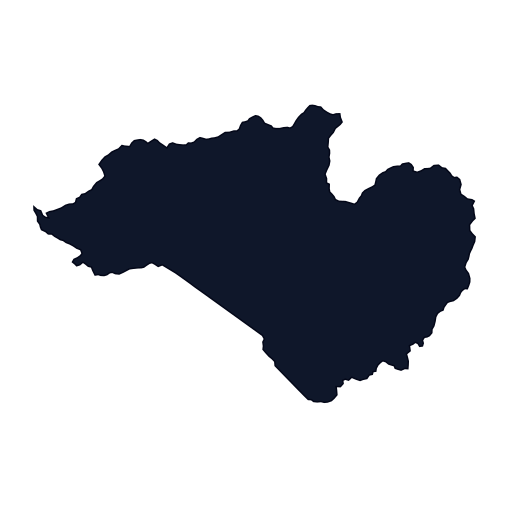 Nova Friburgo, Rio de Janeiro, Brazil, rotated 178°
{"feature_id": "56859067B93377286663386", "entity_name": "Nova Friburgo", "entity_type": "district", "adm_level": 2, "iso_a3": "BRA", "parent_name": "Brazil", "parent_adm1": "Rio de Janeiro", "projection": "robinson", "projection_center": [-42.493, -22.307], "detail": "fine", "context": "isolated", "style": "filled", "palette": "ink", "viewbox_px": 512, "rotation_deg": 178, "n_neighbors": 0, "source": "geoboundaries", "source_scale": "gbopen_adm2", "svg_char_len": 4451}
<svg xmlns="http://www.w3.org/2000/svg" viewBox="0 0 512 512"><g transform="rotate(178 256 256)"><path d="M208.8,110.8L205.7,110.5L203.5,108.6L199.9,108.1L196.1,108.3L192.9,107.4L189.6,107.6L185.7,108.8L183.0,111.1L180.0,114.4L180.2,119.1L180.5,122.7L176.2,122.5L173.4,125.5L173.7,128.7L171.1,129.8L167.8,128.7L164.6,131.5L160.3,129.5L156.3,128.0L153.4,129.0L149.5,129.7L147.0,133.1L143.9,133.7L143.1,136.4L140.3,136.7L139.8,139.6L137.9,142.9L135.4,145.2L133.0,146.9L129.9,145.8L127.2,143.4L124.7,142.5L121.7,141.5L120.8,138.9L118.4,138.0L115.0,136.9L111.3,138.4L108.2,138.1L107.8,141.5L107.5,145.5L108.2,149.0L109.1,152.9L105.3,155.8L105.8,161.1L102.3,162.4L99.9,164.2L97.2,163.0L95.6,160.0L92.8,160.3L91.9,163.0L92.6,166.0L90.6,168.9L87.9,169.2L85.5,170.3L83.0,173.1L82.7,176.7L80.7,179.9L79.4,184.3L78.5,188.9L76.6,192.3L73.8,194.4L71.0,195.4L70.0,198.2L68.3,200.5L66.4,202.9L63.9,203.8L60.3,204.5L56.7,206.8L54.1,209.5L52.8,212.4L51.1,214.4L48.5,216.2L46.0,215.9L44.4,219.5L43.3,222.6L43.1,226.1L44.3,231.1L46.7,234.6L47.9,237.6L46.3,242.1L44.1,245.4L43.3,248.2L42.7,250.9L41.4,253.6L40.1,255.9L38.7,259.3L37.0,262.8L36.3,267.5L39.2,270.7L41.5,274.0L41.5,279.8L38.4,283.6L35.8,286.0L36.6,290.7L36.9,295.6L38.3,298.9L35.9,303.2L38.2,304.7L42.8,305.6L45.7,308.2L49.1,310.6L50.2,315.3L48.6,320.3L49.8,325.3L52.5,327.7L55.3,327.4L57.6,329.2L59.2,332.0L61.6,334.6L63.6,336.9L67.1,337.6L70.4,340.4L75.0,340.2L78.7,337.5L81.6,337.3L84.5,337.3L87.8,335.4L92.0,334.0L96.1,335.5L95.8,339.0L97.7,342.0L100.1,343.7L102.8,343.4L106.5,342.8L108.5,340.7L111.7,340.8L115.6,340.4L118.9,339.0L121.3,337.9L123.4,335.7L126.3,334.8L129.9,332.5L132.9,329.1L133.6,326.2L134.6,322.7L137.2,321.1L140.9,319.5L144.8,317.6L147.4,315.2L148.5,312.5L150.6,310.2L152.9,306.2L155.8,304.2L158.8,305.3L162.2,306.4L164.9,307.3L168.0,307.5L171.3,307.8L174.7,309.6L176.0,312.6L178.1,315.3L180.1,317.4L180.6,320.8L180.3,325.2L183.0,326.6L182.8,330.9L184.2,335.4L182.4,339.4L179.9,344.2L179.0,348.4L179.7,352.3L178.9,356.1L178.9,359.3L180.5,362.3L179.8,367.8L179.5,371.2L177.0,374.2L174.5,376.8L172.3,380.8L169.5,382.9L167.3,384.6L165.3,386.9L166.9,391.5L167.3,395.2L171.1,395.2L174.1,394.4L176.9,395.3L180.1,397.1L183.7,399.7L186.1,402.6L189.0,403.0L191.8,404.1L194.5,404.6L196.9,404.4L199.0,402.4L201.2,400.0L203.0,397.5L205.5,396.1L208.6,393.1L211.2,389.7L213.0,386.7L214.8,384.0L217.5,382.6L220.2,383.4L223.9,383.2L227.7,382.5L231.6,382.6L234.6,383.2L236.2,385.4L239.2,386.7L242.9,388.4L244.5,391.4L246.5,393.9L249.0,395.6L251.6,396.2L254.5,395.0L257.7,393.4L259.3,391.3L262.2,390.4L264.9,390.0L266.8,387.0L268.2,383.5L270.6,381.6L273.7,381.7L278.1,380.5L282.5,380.5L285.7,378.6L289.5,376.3L293.4,375.4L296.3,375.2L299.0,374.5L301.8,374.3L305.4,375.5L307.9,376.2L311.0,374.6L313.7,372.0L316.9,371.0L319.7,371.3L321.8,369.4L325.1,369.4L328.3,369.8L331.8,370.4L335.4,371.9L338.6,370.9L341.3,367.1L345.1,370.0L348.7,372.6L350.6,374.8L353.3,376.3L357.3,374.0L360.2,372.2L362.1,374.0L364.7,375.7L367.6,376.3L370.5,376.0L373.6,375.5L376.2,373.2L378.4,369.7L381.2,370.1L383.7,370.4L386.1,371.1L389.5,367.8L393.1,366.4L396.5,364.9L399.9,362.1L403.4,360.3L406.6,357.1L409.7,353.0L406.9,349.0L405.3,345.5L404.1,341.1L406.6,338.3L409.4,336.6L412.6,334.9L415.9,331.2L417.8,328.0L420.9,326.6L424.5,324.2L428.0,323.6L430.1,320.8L433.4,319.5L434.5,315.8L437.0,314.4L440.9,314.3L444.5,313.3L448.8,310.8L452.0,309.7L456.8,308.1L460.8,307.5L464.0,306.1L461.8,301.4L465.1,302.0L467.8,304.0L469.6,308.7L473.1,309.9L476.2,312.9L476.2,309.5L474.5,306.4L473.0,303.2L473.1,298.5L470.9,295.2L470.4,292.5L469.4,289.8L465.3,287.7L462.8,285.3L459.3,285.1L456.5,282.7L453.4,280.8L451.1,279.2L448.1,278.3L445.2,276.1L441.7,274.6L438.3,272.6L434.9,270.1L431.0,268.4L429.7,264.6L431.5,262.4L434.4,260.5L438.0,259.0L439.6,256.4L437.3,254.4L435.6,252.5L432.4,253.4L429.2,255.9L426.5,253.9L424.0,251.6L420.8,250.7L419.6,247.2L417.5,242.6L414.3,243.0L411.9,242.1L408.5,241.8L405.7,242.5L402.8,244.4L400.1,244.7L397.2,243.3L393.4,242.8L389.3,244.5L385.8,246.2L382.9,247.6L379.3,248.0L374.6,248.3L371.0,248.3L368.5,248.8L366.0,250.5L362.7,252.5L360.1,253.0L357.4,251.4L354.1,249.0L350.0,250.5L337.0,242.0L332.9,238.9L322.4,230.8L318.1,227.3L309.1,220.4L306.9,218.7L302.0,214.9L281.2,198.8L269.2,189.5L252.3,176.4L250.5,172.8L252.1,169.8L251.7,165.7L252.2,162.4L249.7,159.2L246.4,155.3L243.6,152.9L240.9,149.9L240.7,145.7L218.4,121.1L212.6,114.8L208.8,110.8Z" fill="#0f172a" stroke="#020617" stroke-width="1.5"/></g></svg>